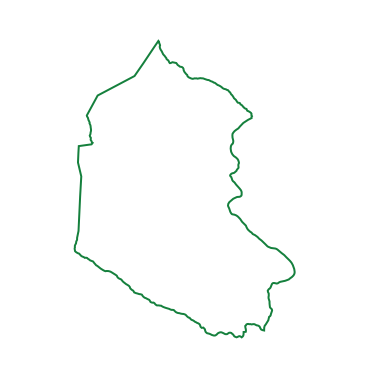 Juazeiro, Bahia, Brazil (Robinson projection), rotated 118°
{"feature_id": "56859067B49115831808668", "entity_name": "Juazeiro", "entity_type": "district", "adm_level": 2, "iso_a3": "BRA", "parent_name": "Brazil", "parent_adm1": "Bahia", "projection": "robinson", "projection_center": [-40.259, -9.513], "detail": "fine", "context": "isolated", "style": "outline", "palette": "green", "viewbox_px": 384, "rotation_deg": 118, "n_neighbors": 0, "source": "geoboundaries", "source_scale": "gbopen_adm2", "svg_char_len": 5948}
<svg xmlns="http://www.w3.org/2000/svg" viewBox="0 0 384 384"><g transform="rotate(118 192 192)"><path d="M223.8,65.5L222.5,65.0L220.0,63.8L218.0,63.2L216.2,63.2L215.1,63.5L214.0,64.1L212.0,65.6L210.0,67.8L209.4,68.4L208.4,69.9L207.7,71.0L206.9,72.9L206.4,74.4L205.3,78.2L204.4,80.9L203.9,84.0L202.8,89.1L202.6,90.6L202.8,91.9L203.7,94.3L204.3,95.9L204.6,99.0L204.5,100.0L203.6,102.9L202.2,107.8L201.7,110.8L201.0,112.8L200.8,114.0L200.5,116.1L200.6,118.6L199.8,120.6L199.8,121.7L199.2,124.1L198.8,125.3L197.6,127.2L196.4,128.6L194.8,133.8L193.2,136.8L192.2,139.8L192.0,141.0L191.9,142.0L192.1,143.9L192.6,145.4L192.8,146.3L192.5,147.3L191.5,148.9L189.1,151.4L187.9,153.0L187.2,153.8L186.3,154.1L185.4,154.4L183.5,154.3L178.6,152.4L175.9,150.4L175.2,149.8L173.8,147.6L172.9,147.0L171.9,146.7L170.9,147.0L168.8,148.1L168.1,148.8L167.5,149.6L166.7,151.3L164.7,156.7L163.9,158.3L163.5,159.3L163.2,160.9L162.6,162.0L161.8,162.8L160.4,164.3L160.1,165.3L159.7,166.0L158.9,166.2L158.0,166.0L157.2,165.7L156.2,164.8L155.7,164.1L154.9,163.6L152.5,162.7L151.3,162.8L150.3,162.6L149.0,162.3L148.3,162.5L147.2,163.3L146.5,163.7L145.7,164.0L144.5,164.1L143.8,164.5L142.3,166.0L141.5,167.3L140.9,169.4L140.6,172.0L140.1,173.2L139.8,174.0L139.2,174.8L138.7,175.6L137.9,176.5L135.6,178.2L133.7,179.0L133.0,179.2L131.3,179.2L130.1,178.7L128.4,179.1L127.4,179.6L124.9,181.8L122.9,183.0L121.6,183.5L120.1,183.4L118.2,183.0L116.0,182.0L114.8,181.3L113.9,180.9L111.5,180.4L106.9,179.1L102.0,176.4L100.3,175.2L98.7,174.1L97.8,174.7L96.9,174.6L96.2,175.7L95.1,176.1L94.5,177.0L94.3,178.0L94.2,179.1L94.2,180.3L94.3,181.3L93.8,182.1L93.1,182.9L93.3,184.0L93.3,185.1L92.9,186.0L92.7,187.0L92.2,187.9L91.9,189.0L91.9,190.3L91.4,190.9L91.0,191.7L91.6,193.5L91.2,194.5L90.8,195.2L90.0,196.6L89.8,197.6L89.5,198.9L88.8,199.9L87.7,201.9L87.4,203.2L86.8,204.2L86.2,205.0L86.0,206.1L85.2,208.1L85.5,209.4L85.4,210.2L85.6,211.0L85.9,212.3L85.9,213.7L85.5,215.0L85.3,216.6L85.3,218.7L85.5,219.6L85.0,222.3L84.9,223.2L85.2,224.3L85.0,225.6L85.3,227.2L85.3,229.8L85.8,231.0L86.3,234.0L86.4,235.2L86.8,236.3L87.2,237.1L87.5,238.0L88.1,238.8L89.3,240.3L89.6,241.5L90.1,242.3L90.4,243.0L91.7,244.4L92.1,245.7L92.2,247.0L92.3,248.5L92.1,249.6L91.8,250.4L90.9,251.2L90.7,252.3L89.6,254.9L88.9,255.9L88.3,256.6L87.3,257.3L86.6,258.3L86.4,259.4L86.6,260.3L87.0,261.6L86.7,263.0L86.6,264.2L85.5,266.4L86.0,268.2L86.6,270.2L87.5,270.9L88.2,271.4L88.6,272.1L88.3,272.8L87.8,273.5L87.3,274.1L86.9,274.9L86.8,276.0L86.4,277.1L85.8,277.6L85.4,278.6L84.6,280.2L84.3,281.2L83.9,282.2L83.3,283.0L81.9,284.9L81.0,286.6L80.5,287.2L79.7,288.1L78.7,288.8L77.6,289.0L76.8,289.7L76.0,290.8L74.8,291.7L74.4,292.6L81.6,293.4L101.2,295.4L116.6,297.2L151.1,320.6L173.8,320.8L174.6,320.1L175.2,318.9L177.3,316.9L177.7,316.2L178.2,315.6L178.7,315.0L179.5,314.7L180.8,313.0L181.7,312.3L182.4,311.9L183.0,311.4L184.6,310.3L185.4,309.9L187.3,309.4L188.2,309.0L189.1,308.8L190.1,308.8L191.0,308.0L191.5,306.9L192.4,306.4L193.5,306.0L194.4,304.4L195.2,303.7L195.3,302.8L197.1,303.1L204.6,313.5L210.5,310.8L219.5,306.5L230.2,297.1L248.2,288.8L261.3,282.6L279.7,273.9L286.5,271.9L287.4,271.4L288.3,271.0L289.4,271.0L290.2,270.9L291.8,270.3L293.6,270.3L294.7,270.1L295.8,269.4L296.8,269.2L297.7,268.6L299.2,267.4L299.5,266.1L299.6,265.1L299.6,263.9L299.4,262.8L299.8,261.6L300.1,260.8L300.4,259.9L300.5,259.0L300.3,256.8L300.5,255.8L299.8,254.8L299.5,253.7L299.8,252.7L299.9,251.3L300.2,249.8L300.0,248.3L299.8,246.8L300.2,245.8L300.7,244.8L301.2,243.4L301.7,242.2L301.7,240.9L302.2,238.3L302.5,236.7L302.6,235.3L302.7,233.9L302.7,232.2L302.5,231.1L301.9,230.4L301.4,229.4L301.0,228.5L300.8,227.6L300.6,226.5L300.7,224.5L300.8,223.3L301.0,220.5L301.2,219.1L302.0,218.1L302.3,217.4L302.6,216.5L302.6,215.4L302.5,214.3L302.5,213.4L302.9,212.3L303.4,211.3L303.7,210.1L304.1,207.9L304.3,206.8L304.3,205.7L304.4,204.4L304.5,203.6L305.0,202.4L305.8,201.6L306.2,200.9L306.5,199.8L306.7,198.7L306.7,197.7L307.2,196.7L307.8,195.9L307.7,195.0L307.6,193.9L307.3,192.8L306.9,190.6L306.4,189.3L306.2,188.0L306.8,187.0L307.2,186.1L307.6,184.3L307.4,183.1L307.4,180.8L307.3,179.3L307.6,178.5L308.6,176.9L308.5,175.8L308.3,175.0L307.7,174.0L307.8,172.9L308.2,172.1L308.5,171.1L308.6,169.8L307.7,168.1L307.4,167.0L306.9,166.0L307.0,164.9L307.0,163.4L306.8,161.8L306.5,160.1L305.9,157.2L305.9,155.9L305.6,154.5L305.1,153.7L304.8,152.7L305.3,151.1L305.6,149.9L305.6,148.7L305.4,147.5L304.9,146.2L304.7,145.0L304.2,143.4L303.7,142.3L303.5,141.3L303.4,140.1L303.7,139.1L304.1,138.1L304.3,137.2L304.5,136.1L304.2,135.1L304.7,133.9L305.1,132.5L304.9,131.2L304.9,130.0L305.2,128.3L305.1,126.9L305.2,125.9L305.0,124.7L305.2,123.3L305.9,122.2L306.6,121.6L307.1,120.9L307.4,119.6L306.9,119.0L306.4,118.3L306.8,117.2L307.2,116.1L308.2,115.3L309.1,114.3L309.4,113.4L309.6,112.4L309.3,111.3L309.0,110.1L308.9,109.0L308.9,107.3L308.5,105.4L308.1,104.6L307.6,104.0L306.3,103.3L304.8,102.9L303.8,102.3L302.8,101.4L302.2,100.5L302.0,99.6L301.9,98.1L301.9,96.1L301.6,95.2L301.0,94.3L298.9,93.2L298.3,92.3L298.0,91.1L298.4,89.7L298.5,88.8L299.3,87.4L299.6,86.6L299.4,84.5L298.8,83.9L298.1,83.4L297.4,82.9L296.9,82.2L296.8,81.1L297.0,79.9L295.8,79.4L294.9,79.3L293.9,79.5L292.8,80.0L291.4,80.7L290.8,79.7L290.2,78.9L289.5,79.1L288.6,79.6L287.7,80.2L287.0,80.9L286.1,81.6L285.3,82.1L284.6,81.8L283.5,81.8L282.6,81.2L282.1,80.4L281.8,79.3L281.3,78.6L280.9,77.1L280.2,76.3L279.7,75.5L279.4,74.7L279.4,73.9L279.4,72.4L279.0,71.3L278.9,70.3L279.1,69.1L279.7,68.3L280.4,67.4L280.9,66.5L280.9,65.1L280.4,63.3L277.8,64.6L276.0,65.0L274.3,64.7L269.4,64.4L266.1,65.3L264.8,64.7L263.8,64.7L262.8,65.0L259.1,65.6L258.1,66.4L257.5,68.4L257.1,69.1L256.1,69.8L254.2,71.1L252.2,72.2L250.7,73.7L250.0,74.4L248.7,75.2L247.8,75.4L245.6,76.6L244.6,78.0L243.5,78.8L241.8,78.6L240.8,78.1L239.6,77.8L235.8,78.2L234.9,78.0L234.3,77.6L233.8,76.8L233.0,74.1L232.2,73.3L230.6,72.5L229.8,71.8L226.7,68.1L225.6,67.1L223.8,65.5Z" fill="none" stroke="#15803d" stroke-width="2"/></g></svg>